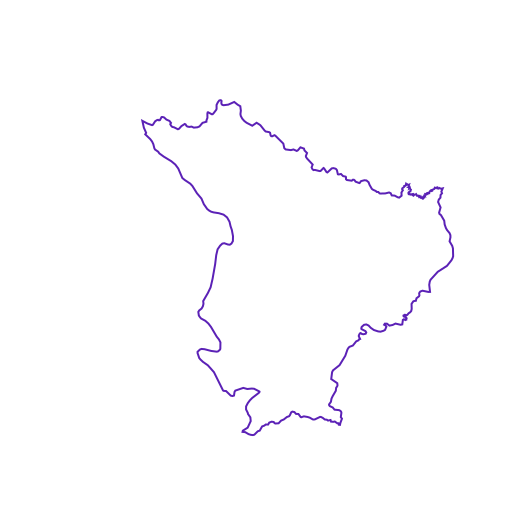 the district of Chiang Khan, Loei, Thailand, rotated 302°
{"feature_id": "78962969B15954858222696", "entity_name": "Chiang Khan", "entity_type": "district", "adm_level": 2, "iso_a3": "THA", "parent_name": "Thailand", "parent_adm1": "Loei", "projection": "orthographic", "projection_center": [101.786, 17.871], "detail": "fine", "context": "isolated", "style": "outline", "palette": "violet", "viewbox_px": 512, "rotation_deg": 302, "n_neighbors": 0, "source": "geoboundaries", "source_scale": "gbopen_adm2", "svg_char_len": 6157}
<svg xmlns="http://www.w3.org/2000/svg" viewBox="0 0 512 512"><g transform="rotate(302 256 256)"><path d="M412.3,378.5L411.1,377.3L410.8,375.1L409.9,375.1L409.4,373.9L410.1,373.2L409.0,372.4L408.7,371.4L407.4,371.7L405.6,370.5L404.7,370.9L404.1,370.4L404.5,369.6L404.2,369.4L402.3,369.1L401.1,369.6L400.5,368.3L400.2,368.4L399.9,367.9L399.5,368.3L399.3,367.7L398.7,367.9L398.3,366.9L397.8,367.5L396.8,366.7L396.2,367.5L396.0,366.8L395.2,366.5L394.6,367.5L393.7,366.8L393.3,367.3L393.0,367.2L393.0,366.0L393.5,365.7L393.5,365.2L392.9,364.8L393.4,364.3L392.8,364.2L393.0,363.7L392.5,363.2L393.5,362.6L392.9,361.9L393.1,361.4L392.4,360.7L393.3,359.0L392.7,358.8L392.1,357.9L391.3,357.7L391.9,356.4L391.3,355.8L390.6,356.4L390.6,355.0L389.8,354.3L390.1,353.6L389.4,352.7L390.1,351.9L390.6,352.2L391.1,351.8L392.1,352.1L392.6,352.7L394.3,352.2L394.3,351.6L395.6,350.1L394.9,349.9L395.7,349.6L395.3,348.8L396.3,349.1L396.9,348.0L397.5,347.9L396.8,347.4L397.0,346.3L396.5,346.0L396.8,345.0L395.7,345.3L395.4,345.7L394.7,345.5L393.9,344.6L393.1,345.0L390.8,344.2L389.9,344.7L389.6,345.7L386.9,345.7L384.3,347.5L381.4,346.5L380.9,345.1L380.7,341.6L379.3,339.0L380.6,337.0L380.4,335.2L377.6,332.5L374.7,328.1L374.6,327.5L375.1,325.8L374.3,324.4L374.6,323.1L374.2,320.2L374.3,318.7L376.5,314.6L378.2,312.4L378.6,309.7L377.7,307.8L375.6,305.8L374.9,305.3L373.2,305.3L372.6,305.0L371.8,301.1L372.5,299.4L372.5,298.5L372.0,297.7L370.6,297.3L368.6,292.8L368.8,291.6L370.6,290.5L370.8,289.9L369.9,287.5L370.6,284.6L369.0,283.0L368.7,282.1L371.7,279.1L372.2,277.7L372.1,276.8L371.5,275.0L370.4,273.8L364.7,272.3L364.5,271.4L366.4,267.3L366.4,266.6L362.3,265.7L361.7,264.9L360.2,260.3L359.3,259.2L359.6,257.7L360.6,256.2L363.6,255.6L365.7,247.7L366.5,245.9L367.2,245.3L370.4,244.7L371.2,241.2L372.5,239.8L371.7,236.1L367.8,235.5L366.7,234.9L366.2,231.3L364.3,229.5L362.1,224.7L362.4,222.9L365.8,219.6L368.3,208.6L368.2,207.6L366.1,206.3L365.7,205.4L366.0,204.5L368.0,202.6L368.0,201.5L366.7,198.2L367.0,196.7L369.2,190.5L369.3,189.2L369.3,185.9L364.5,183.8L364.0,177.4L364.3,174.5L365.2,171.5L366.7,168.9L368.1,167.6L371.3,166.1L374.7,163.3L374.6,160.3L375.1,155.9L369.7,152.3L366.7,148.6L366.3,147.3L366.7,146.2L367.4,145.5L369.2,144.7L369.5,144.0L369.2,143.1L368.3,142.4L366.1,142.2L363.2,142.5L359.9,144.6L358.9,144.8L354.8,144.4L353.3,144.1L352.8,143.5L352.5,139.1L352.2,138.9L351.0,139.3L347.4,141.6L344.8,142.1L343.6,142.8L340.6,140.1L335.9,139.4L334.1,138.1L331.9,135.2L331.6,132.8L330.1,131.0L329.4,129.1L329.5,128.1L330.3,126.5L330.2,125.6L326.6,123.9L323.1,123.3L322.1,122.6L321.7,118.3L321.1,116.6L321.5,114.9L322.4,113.4L323.8,113.4L324.7,111.0L324.2,107.7L324.8,104.7L324.4,103.2L323.8,102.3L320.3,102.5L319.6,101.8L319.6,100.8L318.9,100.1L316.9,99.1L312.6,99.0L311.9,98.5L310.8,93.7L310.4,88.0L305.4,92.9L302.2,97.6L300.5,97.6L299.1,104.3L298.0,107.2L296.4,109.7L293.5,112.7L292.8,113.9L292.6,117.8L291.8,119.6L291.4,125.1L291.5,133.9L290.8,139.1L289.0,143.7L283.1,152.2L282.7,155.3L282.5,161.9L281.7,164.9L277.9,172.7L275.8,179.3L272.3,184.3L270.0,189.7L269.7,192.3L269.8,194.5L270.5,196.9L272.6,201.8L273.9,206.6L273.4,211.0L271.0,215.4L267.8,218.6L265.2,221.8L260.6,226.0L256.4,228.5L253.5,228.6L251.7,227.8L250.9,226.2L250.0,222.3L248.7,220.9L245.8,220.1L241.3,219.9L235.7,221.8L227.4,225.7L213.8,231.2L205.4,234.1L199.2,234.8L189.8,235.1L187.6,236.8L185.2,237.6L182.6,237.7L179.8,236.7L178.0,236.7L175.2,239.1L174.5,240.7L173.9,242.5L174.2,247.4L173.5,251.4L172.0,255.4L166.8,265.4L165.6,268.8L163.9,271.6L158.6,274.8L157.7,275.1L156.4,274.8L154.9,274.3L154.0,273.3L151.7,268.2L149.7,261.8L148.3,259.0L146.9,258.0L143.8,257.2L142.7,257.9L139.4,261.9L138.8,263.7L138.1,267.2L137.8,273.1L135.2,281.9L124.5,299.3L124.5,300.0L125.6,302.2L124.2,308.6L124.8,310.3L126.0,311.3L129.4,309.8L130.9,309.8L137.4,315.1L138.6,319.1L141.3,322.6L142.4,324.7L142.9,330.7L142.7,331.0L141.4,330.9L133.6,328.0L130.4,327.3L126.9,327.0L123.2,327.3L120.6,328.9L118.6,332.2L117.8,332.9L116.2,336.7L113.2,339.0L106.0,339.9L100.9,337.4L99.7,337.8L100.9,340.2L101.0,344.1L101.6,346.4L102.5,348.3L103.6,349.3L108.3,350.4L109.9,351.7L114.7,351.5L116.5,352.9L118.3,353.6L119.5,355.6L121.7,355.5L123.8,357.1L124.6,359.0L124.1,360.3L124.2,361.2L126.1,363.8L129.7,364.5L132.1,366.2L135.8,367.5L137.7,369.0L139.0,369.1L142.1,368.7L143.3,369.3L144.0,371.3L143.3,373.6L144.5,375.7L143.1,379.2L143.2,379.8L145.4,381.6L146.8,385.0L147.4,387.3L147.5,390.7L147.9,391.6L148.6,392.5L153.5,395.6L153.9,396.3L154.1,398.3L153.8,401.0L154.7,402.8L154.6,404.3L156.4,406.1L155.3,407.4L156.4,409.5L157.4,410.5L157.2,413.6L157.8,414.5L156.8,415.6L157.3,416.7L159.2,416.0L163.6,415.1L164.3,413.3L168.3,411.5L168.9,410.9L169.4,409.7L169.3,408.1L167.3,404.0L168.2,401.3L167.8,398.1L168.3,397.0L168.9,396.6L172.0,396.8L175.1,395.6L177.7,395.3L184.0,395.1L186.7,393.8L188.5,393.9L189.6,393.6L191.2,392.3L191.5,385.0L197.8,382.1L199.8,381.9L207.7,384.7L218.7,384.6L225.2,383.1L227.2,383.1L228.5,383.4L231.4,385.6L236.7,386.2L238.8,387.6L240.1,387.6L240.8,388.2L242.4,385.7L243.1,385.3L245.3,385.1L246.1,385.6L246.0,387.1L246.5,388.5L248.2,390.2L249.6,390.0L250.3,388.6L249.9,384.2L250.5,383.6L251.9,383.2L254.9,384.1L256.4,385.8L256.7,388.3L255.9,391.4L255.7,395.2L256.8,399.6L257.8,401.7L260.2,403.8L261.8,404.6L265.2,404.0L265.7,402.8L265.6,401.1L266.9,401.1L268.0,402.9L267.7,406.1L269.9,408.4L272.6,410.1L274.3,415.1L275.5,416.3L279.7,414.4L280.8,415.0L280.8,416.6L281.7,417.2L282.8,416.2L283.1,416.5L283.5,416.0L283.6,415.1L283.0,413.9L283.3,412.8L283.7,412.6L285.1,413.4L285.3,414.6L286.2,415.5L288.4,415.8L289.8,416.5L291.5,416.8L293.6,416.1L297.8,413.3L300.8,413.4L301.7,414.0L302.7,415.3L305.2,414.5L308.2,415.6L309.3,415.4L310.7,414.2L311.7,414.0L313.0,414.2L314.8,415.6L316.9,421.3L317.8,422.6L323.3,418.2L326.4,416.9L328.4,416.6L338.9,418.5L348.9,423.2L356.0,424.0L358.4,423.8L360.3,423.3L366.8,419.0L368.6,417.0L371.0,412.4L374.9,411.0L376.7,409.8L378.0,408.0L379.2,404.4L380.3,402.3L382.7,399.3L385.7,396.9L388.7,391.2L388.9,389.3L389.8,388.3L395.0,386.8L398.3,381.8L400.7,381.1L403.2,381.5L405.5,380.2L407.8,380.5L408.8,379.1L412.3,378.5Z" fill="none" stroke="#5b21b6" stroke-width="2"/></g></svg>